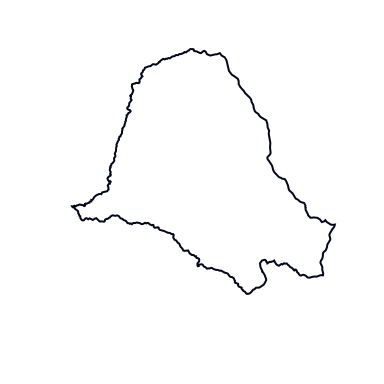 outline of El Tablón De Gómez, Nariño, Colombia, rotated 334°
{"feature_id": "7082276B75736959401017", "entity_name": "El Tablón De Gómez", "entity_type": "district", "adm_level": 2, "iso_a3": "COL", "parent_name": "Colombia", "parent_adm1": "Nariño", "projection": "orthographic", "projection_center": [-77.003, 1.402], "detail": "fine", "context": "isolated", "style": "outline", "palette": "ink", "viewbox_px": 384, "rotation_deg": 334, "n_neighbors": 0, "source": "geoboundaries", "source_scale": "gbopen_adm2", "svg_char_len": 6013}
<svg xmlns="http://www.w3.org/2000/svg" viewBox="0 0 384 384"><g transform="rotate(334 192 192)"><path d="M277.9,79.4L274.9,79.2L273.3,78.5L268.3,77.4L265.9,74.8L265.8,72.4L265.5,71.4L265.0,70.6L263.9,70.4L261.6,71.0L260.4,70.9L257.7,67.6L255.8,66.2L256.0,64.8L255.6,64.6L255.5,64.0L253.2,62.8L250.9,63.4L249.7,63.4L248.0,63.9L246.6,62.9L245.4,63.4L242.4,63.1L241.1,62.5L239.4,62.9L238.0,62.0L236.9,61.9L235.9,62.3L233.9,61.6L232.2,61.8L230.8,62.2L229.5,61.3L227.9,61.4L227.2,60.8L225.6,60.9L224.7,59.8L224.2,59.7L220.9,60.3L220.0,61.0L219.1,60.7L218.5,61.3L215.5,61.8L213.7,60.4L212.6,60.0L209.8,60.7L208.6,60.1L204.2,59.7L202.7,61.1L201.3,61.2L200.6,62.2L200.0,62.7L198.2,63.3L197.9,63.9L198.1,66.4L196.9,66.6L196.0,67.4L194.1,67.8L193.3,69.9L192.5,70.7L192.0,70.4L191.3,70.6L190.2,69.7L189.2,69.3L188.2,69.5L186.4,69.0L185.2,69.0L184.0,71.3L184.0,72.5L183.6,73.4L183.9,74.4L183.7,75.0L181.3,77.5L178.7,78.3L178.6,78.6L179.2,79.1L177.8,81.3L178.0,82.9L174.6,84.6L173.5,86.5L172.5,87.3L170.9,87.8L170.6,88.2L170.3,88.7L170.7,89.4L170.8,90.1L172.0,91.0L172.3,91.8L172.3,92.4L171.2,93.1L169.0,93.3L167.9,94.4L166.9,94.3L166.3,95.9L164.8,97.2L163.5,99.4L162.7,99.7L162.1,100.8L160.9,101.8L160.4,102.8L157.0,104.6L156.8,105.7L155.6,106.9L155.0,108.2L154.2,109.0L153.0,109.6L152.4,110.4L151.0,110.5L150.7,111.2L149.6,111.8L149.2,113.1L148.5,113.3L144.9,116.2L144.5,117.8L143.5,118.5L141.5,122.0L139.4,123.6L139.2,125.3L138.6,126.5L136.8,127.4L135.8,129.9L133.9,131.0L131.7,131.6L131.1,132.6L130.4,132.8L129.4,133.6L129.7,134.1L128.0,135.6L127.6,136.8L127.7,138.1L127.3,139.1L126.3,139.9L126.2,140.6L126.5,140.9L126.1,141.5L125.5,141.7L124.8,141.6L122.7,142.1L122.0,142.7L121.8,144.0L121.8,145.0L122.3,145.7L122.1,146.2L123.3,146.5L123.4,147.2L122.6,147.5L121.9,148.6L120.8,148.2L119.0,149.3L118.9,151.2L118.0,153.3L117.3,153.3L116.6,153.9L116.1,154.1L111.1,153.0L109.6,154.2L109.1,153.7L107.6,153.1L104.8,153.0L102.2,153.6L99.2,155.4L98.0,155.0L97.4,156.3L95.8,155.8L95.2,156.6L93.5,156.3L92.2,156.4L91.4,155.8L90.5,155.7L90.1,156.1L90.1,157.2L89.7,157.5L88.9,157.4L88.2,155.9L87.2,155.4L86.5,154.6L85.8,154.4L85.3,153.9L84.0,154.0L82.9,153.6L81.2,153.9L80.3,152.8L79.7,152.7L79.1,153.0L77.9,152.3L77.9,152.5L78.4,153.7L79.4,154.6L79.5,156.1L80.4,157.5L81.1,159.2L81.1,159.8L80.4,161.3L80.7,162.4L80.3,163.9L80.9,164.7L80.2,166.5L80.6,168.8L81.0,169.4L82.5,170.0L84.2,169.2L85.2,169.1L85.8,169.4L86.7,171.0L88.4,170.8L90.6,173.6L93.4,173.4L94.5,173.6L96.1,178.0L98.5,179.1L99.8,180.1L100.6,180.1L101.9,178.7L103.3,178.7L104.7,179.2L106.0,178.8L107.1,178.9L108.0,178.3L109.9,178.1L110.7,178.3L112.6,179.8L114.5,180.2L115.7,181.7L116.0,183.6L116.3,184.4L117.8,185.7L118.2,187.1L120.0,189.1L120.5,191.8L121.7,192.5L122.2,193.4L123.2,193.4L123.8,194.6L125.7,194.1L127.2,195.0L129.0,195.2L131.8,197.4L132.2,198.4L132.9,198.9L133.9,199.2L136.3,199.1L137.0,200.1L138.4,200.2L139.0,200.6L140.0,202.7L141.2,204.2L142.5,204.4L142.8,204.8L142.4,206.6L142.7,207.6L143.3,208.0L145.8,208.7L146.3,209.1L146.4,209.5L146.0,210.2L146.6,212.1L149.8,214.8L152.5,218.1L154.2,219.1L155.1,220.8L156.7,221.7L156.7,222.7L155.4,224.2L155.2,225.1L155.4,227.3L156.5,228.6L157.1,231.8L157.9,232.7L157.7,236.1L158.5,238.6L158.5,240.8L159.5,241.6L162.9,242.9L163.0,246.3L163.4,246.7L164.1,248.4L165.9,249.4L166.3,250.9L167.5,251.6L167.1,252.7L167.1,253.1L168.3,254.1L169.0,255.2L168.9,255.9L168.1,257.3L167.4,257.8L165.7,258.5L164.8,260.1L164.7,261.2L165.6,261.5L166.0,260.7L166.5,260.4L169.1,261.2L169.8,262.3L170.0,264.2L171.2,265.6L171.9,267.5L173.4,267.9L174.2,268.4L175.8,268.6L176.6,269.0L177.5,270.6L179.2,272.3L181.1,273.4L182.5,275.0L183.7,275.4L184.7,277.0L185.4,277.6L185.7,278.7L187.2,279.7L188.4,281.1L188.7,283.5L189.3,285.1L190.9,286.2L191.8,288.2L191.5,289.5L191.7,290.9L191.0,291.6L191.0,292.5L193.2,294.7L193.2,295.0L192.5,296.0L192.5,297.3L192.9,297.9L194.7,299.7L194.2,300.6L194.2,301.3L194.7,302.1L194.7,303.3L195.8,304.7L196.4,307.4L197.4,307.8L197.5,308.1L199.1,308.4L201.0,308.1L204.2,306.6L205.4,306.8L207.5,306.1L210.6,307.4L211.2,307.4L215.8,306.7L217.5,305.7L219.9,303.9L220.5,302.6L220.9,298.4L220.6,295.0L220.1,294.4L220.6,293.7L220.6,289.6L221.7,286.3L222.3,285.5L223.6,285.0L224.6,284.3L227.4,284.7L228.0,285.1L228.5,286.3L228.2,287.2L228.6,287.9L228.4,289.2L231.0,288.8L232.4,289.5L233.7,289.6L234.4,289.9L235.8,289.6L235.9,292.9L236.2,294.4L237.8,296.4L240.8,295.9L241.6,296.8L243.3,296.4L244.6,297.4L245.8,297.7L246.4,299.8L247.0,300.8L247.2,302.2L248.8,304.5L249.3,307.1L249.8,307.5L250.7,306.9L251.4,307.5L251.6,308.3L251.4,310.4L252.0,311.4L252.0,312.6L252.7,314.5L253.4,314.9L255.2,315.0L256.0,315.3L257.8,317.5L258.0,318.5L258.7,319.8L260.6,320.7L263.3,321.1L265.2,321.7L266.8,322.7L271.3,323.2L273.2,324.3L274.3,322.5L275.0,319.0L276.1,316.8L276.3,316.1L276.3,312.6L276.7,311.4L277.3,310.7L280.0,308.8L280.7,308.1L282.0,306.2L282.7,304.6L284.1,303.7L286.4,303.1L287.2,302.6L289.0,300.9L290.7,298.5L295.1,295.7L295.6,295.2L296.0,293.8L296.4,291.5L296.8,290.6L297.5,289.9L302.0,286.8L303.7,286.1L304.8,285.4L306.1,283.9L304.5,283.4L302.6,282.3L300.0,278.1L299.5,275.8L298.1,276.3L295.5,276.0L295.0,272.8L293.5,270.3L290.6,268.4L287.6,267.3L287.0,266.8L286.9,265.7L286.4,264.9L286.2,263.9L286.4,262.7L286.3,258.1L286.7,256.7L287.4,255.8L287.2,255.4L287.3,254.9L288.1,253.7L287.9,251.0L285.1,248.4L283.8,245.3L282.3,243.3L281.8,237.3L280.2,233.3L280.1,232.2L281.1,228.3L281.4,223.3L281.1,221.6L281.0,221.0L278.8,219.5L278.2,218.3L277.0,217.1L276.5,216.3L274.6,210.0L274.6,208.1L275.5,203.3L274.8,197.8L274.4,196.1L274.5,194.6L275.3,193.6L277.1,193.1L279.4,191.9L280.0,190.8L281.6,186.3L283.9,182.3L286.5,173.3L288.2,170.7L288.3,167.3L289.6,163.7L290.1,160.1L286.6,154.8L285.9,152.6L285.9,151.0L284.3,148.3L283.9,146.6L284.3,143.5L285.2,140.9L285.1,136.9L285.7,134.9L285.2,132.1L283.1,126.5L282.8,123.4L282.3,122.2L281.4,118.7L281.3,115.4L282.6,112.6L282.8,110.4L280.9,106.7L279.2,104.0L278.3,99.4L280.7,89.0L280.6,86.5L280.4,85.3L278.5,82.4L277.9,79.4Z" fill="none" stroke="#020617" stroke-width="2"/></g></svg>